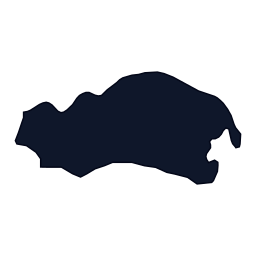 Pongchon, Hwanghae-namdo, North Korea
{"feature_id": "82179303B59678099693620", "entity_name": "Pongchon", "entity_type": "district", "adm_level": 2, "iso_a3": "PRK", "parent_name": "North Korea", "parent_adm1": "Hwanghae-namdo", "projection": "natural_earth1", "projection_center": [126.231, 38.15], "detail": "fine", "context": "isolated", "style": "filled", "palette": "ink", "viewbox_px": 256, "rotation_deg": 0, "n_neighbors": 0, "source": "geoboundaries", "source_scale": "gbopen_adm2", "svg_char_len": 1247}
<svg xmlns="http://www.w3.org/2000/svg" viewBox="0 0 256 256"><path d="M40.7,163.7L40.7,167.0L47.1,167.1L51.9,167.1L61.4,167.1L72.6,173.7L80.5,177.0L82.1,176.2L86.9,173.7L95.0,168.8L104.6,165.6L112.6,162.3L120.6,162.3L131.8,162.3L144.5,165.7L155.7,167.3L166.8,172.3L174.8,174.0L187.6,177.3L197.1,183.9L211.7,182.4L213.4,180.6L217.4,171.4L217.9,165.3L217.8,162.3L214.6,160.2L208.6,162.6L206.6,159.5L205.8,156.6L206.5,153.6L210.5,147.8L210.5,144.9L209.5,141.7L211.8,138.8L215.2,138.7L218.7,137.0L221.3,134.1L223.1,130.7L225.7,128.0L228.8,128.8L231.4,140.5L232.7,143.7L235.3,146.8L235.9,147.7L239.3,146.8L240.0,144.1L240.6,134.1L235.6,127.8L234.0,124.4L231.0,115.4L229.1,112.1L227.7,109.5L223.2,103.3L220.3,100.5L217.2,97.9L214.5,96.4L198.5,91.0L173.1,77.2L164.0,73.6L157.4,72.1L144.9,72.8L138.6,74.5L132.2,75.2L131.0,75.5L122.8,77.9L119.7,79.8L116.8,82.6L107.3,89.8L101.5,95.5L98.3,96.0L94.9,95.2L89.1,92.5L85.9,92.5L82.7,93.7L79.5,95.5L76.9,98.3L72.6,104.7L66.9,110.1L63.6,112.2L60.9,112.7L57.8,111.2L52.0,105.0L48.9,103.0L46.2,102.3L42.9,103.0L39.5,104.5L30.4,110.3L27.5,111.5L23.6,112.2L23.6,117.7L21.9,122.6L18.6,132.4L15.4,140.7L16.9,143.9L26.5,145.6L36.0,152.2L40.7,158.8L40.7,163.7Z" fill="#0f172a" stroke="#020617" stroke-width="1.5"/></svg>